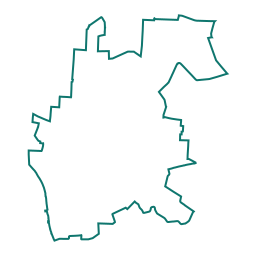 Valu Lui Traian, Constanta, Romania (orthographic projection)
{"feature_id": "2599482B6987957430653", "entity_name": "Valu Lui Traian", "entity_type": "district", "adm_level": 2, "iso_a3": "ROU", "parent_name": "Romania", "parent_adm1": "Constanta", "projection": "orthographic", "projection_center": [28.491, 44.168], "detail": "fine", "context": "isolated", "style": "outline", "palette": "teal", "viewbox_px": 256, "rotation_deg": 0, "n_neighbors": 0, "source": "geoboundaries", "source_scale": "gbopen_adm2", "svg_char_len": 5556}
<svg xmlns="http://www.w3.org/2000/svg" viewBox="0 0 256 256"><path d="M180.7,15.6L178.9,15.4L178.9,15.9L178.8,16.2L177.8,19.9L155.4,19.1L155.2,19.0L154.4,18.3L154.2,18.5L154.2,19.0L154.2,19.4L154.1,20.3L143.1,19.8L142.7,30.9L142.4,36.0L141.9,45.9L140.7,56.4L134.0,51.8L133.9,51.7L133.7,51.7L128.5,51.6L127.8,51.7L127.6,51.7L116.3,56.8L112.6,58.5L109.0,58.8L108.8,51.1L97.9,51.3L98.4,36.4L99.2,36.1L99.6,35.9L100.1,35.8L101.6,35.4L102.3,35.3L102.8,35.2L104.4,34.9L104.7,34.9L104.7,31.8L104.8,31.8L104.9,28.9L104.9,28.0L105.1,27.8L105.1,27.4L104.9,27.3L104.9,25.7L104.8,24.2L104.7,22.2L103.8,20.6L102.2,17.9L102.0,17.7L101.6,17.3L101.4,17.3L101.2,17.2L89.5,25.4L89.4,25.7L89.2,25.5L88.7,26.6L88.4,27.4L88.0,28.5L87.8,28.9L87.7,29.1L87.4,29.2L86.7,29.5L85.9,50.2L74.2,49.3L73.7,59.5L72.2,79.3L72.9,79.6L72.5,81.5L72.4,81.5L72.0,82.0L71.6,82.1L71.4,89.6L71.2,93.9L71.1,96.9L71.0,97.3L67.1,97.0L62.5,96.8L59.8,96.6L59.7,97.1L59.2,107.3L51.2,106.8L50.6,114.0L50.5,115.8L50.3,117.7L50.0,119.9L49.9,121.3L47.3,120.4L45.8,119.8L42.7,118.5L40.9,117.7L39.7,117.2L37.8,116.4L35.6,115.2L33.2,113.9L32.8,117.7L32.5,122.1L33.6,122.3L34.2,122.4L38.8,123.3L38.4,125.4L38.2,126.4L37.9,127.1L38.0,127.2L37.3,129.0L34.7,135.6L37.3,139.4L38.4,140.8L40.3,141.5L40.2,143.1L41.5,143.2L42.1,143.4L42.3,143.4L43.1,143.3L43.2,144.3L43.0,146.1L42.6,147.8L41.9,150.2L41.6,150.9L41.5,151.0L28.7,150.5L28.7,154.5L29.2,164.7L29.5,165.0L30.0,165.6L31.5,167.3L33.4,169.4L34.8,170.9L35.5,172.0L36.2,172.9L36.8,174.1L38.1,176.4L39.6,178.6L40.1,179.5L41.1,181.2L42.0,183.0L42.6,184.3L43.4,186.4L43.9,187.6L44.7,190.5L45.4,193.3L45.4,194.0L45.4,194.5L45.6,196.1L45.6,196.4L45.8,196.5L46.1,198.2L46.4,202.0L46.5,202.4L46.5,203.1L46.9,205.9L47.2,208.2L47.5,209.7L46.4,210.4L46.3,210.5L45.2,210.6L45.3,211.4L46.4,211.3L46.8,211.3L47.1,212.1L47.4,213.7L48.2,215.8L48.4,217.5L48.4,218.2L48.5,218.2L48.6,219.6L48.9,221.3L48.9,221.7L49.0,222.1L48.8,221.7L48.7,221.4L48.4,221.2L48.1,221.2L48.1,221.5L48.2,221.4L48.4,221.4L48.6,221.8L48.8,222.2L49.0,223.2L49.3,225.3L49.9,228.0L50.3,229.3L50.2,229.5L50.6,230.7L51.1,232.0L51.5,233.4L51.4,233.6L51.6,233.7L53.4,238.2L53.7,239.0L54.2,240.0L54.5,240.6L59.5,238.8L68.2,238.9L68.5,238.8L68.9,238.3L69.0,237.7L69.0,236.6L69.2,236.3L69.6,236.1L69.9,236.0L74.7,235.8L78.0,235.6L80.1,235.4L81.3,235.2L81.4,235.5L81.2,238.9L81.3,239.2L81.5,239.3L88.5,239.3L88.8,239.2L92.5,238.2L92.9,238.0L98.8,233.8L98.3,223.4L112.7,223.9L114.9,222.2L114.8,221.4L112.4,214.4L112.5,214.0L113.0,213.7L125.7,207.7L127.3,209.1L134.7,201.5L136.0,202.8L137.9,204.0L138.4,204.4L138.5,204.7L138.8,205.5L139.3,206.8L139.6,207.5L140.0,208.1L141.6,209.7L141.8,209.9L142.3,210.7L142.7,211.4L143.0,212.2L143.2,212.7L143.6,212.9L143.9,212.9L144.1,212.9L148.2,211.9L149.2,211.6L149.7,211.4L150.0,211.0L150.2,210.7L150.4,210.2L150.6,209.7L150.8,208.6L150.8,208.3L150.9,208.0L151.0,207.8L151.3,207.5L151.5,207.3L151.7,207.2L152.2,207.0L152.4,207.0L152.8,206.9L153.1,206.8L153.7,206.8L154.0,206.9L154.3,207.1L154.6,207.4L154.8,207.8L155.0,209.1L155.1,209.7L155.4,210.5L155.7,211.0L156.5,212.5L156.9,213.2L157.0,213.4L157.3,213.6L157.7,213.9L163.1,217.2L164.2,217.9L164.7,218.3L165.2,218.9L166.8,221.2L167.2,221.7L167.6,221.9L167.9,222.0L168.2,222.0L168.7,222.0L170.2,221.8L172.1,221.6L173.1,221.5L173.7,221.5L177.0,221.1L177.6,221.1L178.2,221.3L178.6,221.6L178.8,221.8L179.3,222.3L180.0,223.2L180.5,223.7L180.6,223.8L181.1,224.0L181.4,224.1L181.8,224.1L184.6,223.6L185.4,223.5L185.6,223.3L186.0,223.1L187.6,222.0L188.6,221.2L188.9,220.9L189.2,220.5L189.6,219.7L192.1,214.1L192.5,213.2L192.9,212.4L193.0,212.2L193.4,211.8L193.8,211.5L193.7,211.4L184.7,205.2L184.4,204.8L183.6,204.3L180.7,202.3L180.2,201.3L180.2,200.8L181.1,196.5L173.4,191.7L165.2,186.4L166.7,180.2L167.5,176.9L167.7,176.2L168.0,175.7L168.9,174.9L169.1,174.6L169.3,174.2L169.4,173.8L169.3,173.1L169.1,172.4L168.4,169.3L169.6,169.0L170.0,168.9L170.8,168.7L171.7,168.5L172.2,168.3L172.6,168.2L173.4,167.9L174.6,167.6L175.2,167.5L176.3,167.2L179.0,166.5L183.2,165.6L183.7,165.4L184.0,165.4L184.3,165.4L184.8,165.3L185.2,165.1L187.5,164.6L190.3,164.1L190.6,164.1L191.0,164.0L191.3,163.9L191.6,163.8L193.4,163.5L194.3,163.5L194.6,163.4L195.6,163.1L195.5,162.5L189.3,159.2L189.0,159.1L188.7,159.0L188.4,159.0L187.5,159.0L187.6,157.2L187.6,156.0L187.8,152.5L188.2,145.9L188.3,143.1L188.5,140.4L180.0,140.2L180.1,138.0L180.1,136.3L180.2,134.5L180.2,134.4L181.6,134.4L181.6,133.9L181.6,131.7L182.5,131.6L182.8,131.5L182.9,131.2L183.2,126.1L180.7,125.7L180.9,123.1L181.1,121.1L181.1,120.5L181.1,120.0L177.0,119.5L171.7,118.7L168.4,118.0L164.4,117.0L164.1,117.2L163.8,117.6L163.4,117.6L163.5,115.8L163.5,115.0L163.7,114.4L165.3,109.5L166.2,106.7L165.9,106.3L165.8,105.9L164.6,100.1L164.4,99.6L164.2,99.3L158.9,91.9L163.7,87.1L166.0,85.0L167.1,84.0L167.8,83.2L168.1,82.9L168.4,82.7L168.5,82.6L169.3,80.9L170.8,77.7L171.7,75.8L172.0,75.0L172.6,73.8L173.2,72.5L174.5,69.6L176.7,64.8L176.9,64.5L177.4,64.1L177.3,63.8L177.4,63.6L178.2,63.2L178.7,63.0L178.9,63.0L179.4,63.0L179.8,63.1L180.1,63.3L180.6,63.6L181.1,64.1L182.1,65.1L184.1,67.2L187.2,70.5L191.6,75.1L195.4,79.2L196.1,79.8L196.4,80.0L196.6,80.1L197.0,80.2L197.3,80.2L198.2,80.1L208.7,79.1L209.4,79.0L209.5,79.0L217.2,76.8L226.2,74.0L227.3,73.7L227.1,73.5L220.9,66.2L216.1,60.4L211.7,48.1L208.1,38.0L211.5,37.3L211.8,37.3L211.6,37.0L211.4,36.1L211.2,34.4L211.1,33.8L211.3,32.8L212.4,28.5L214.2,22.1L214.4,21.7L214.9,21.2L209.9,21.1L196.9,20.7L196.1,20.6L195.0,20.4L194.0,20.1L192.9,19.7L182.8,16.0L182.2,15.8L181.7,15.7L180.7,15.6Z" fill="none" stroke="#0f766e" stroke-width="2"/></svg>